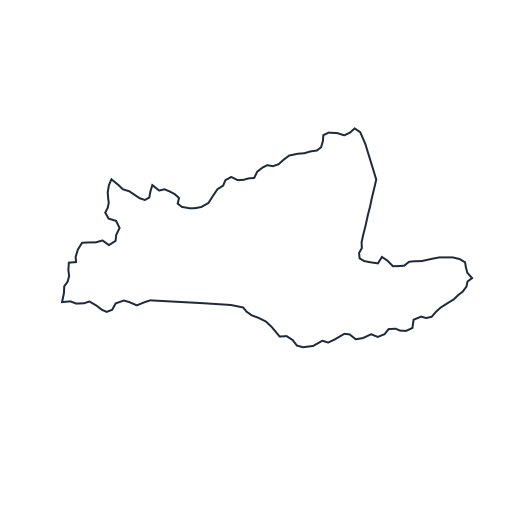 Jerônimo Monteiro, Espírito Santo, Brazil (Mercator projection), rotated 252°
{"feature_id": "56859067B21452622796609", "entity_name": "Jerônimo Monteiro", "entity_type": "district", "adm_level": 2, "iso_a3": "BRA", "parent_name": "Brazil", "parent_adm1": "Espírito Santo", "projection": "mercator", "projection_center": [-41.39, -20.797], "detail": "fine", "context": "isolated", "style": "outline", "palette": "slate", "viewbox_px": 512, "rotation_deg": 252, "n_neighbors": 0, "source": "geoboundaries", "source_scale": "gbopen_adm2", "svg_char_len": 2128}
<svg xmlns="http://www.w3.org/2000/svg" viewBox="0 0 512 512"><g transform="rotate(252 256 256)"><path d="M152.2,424.6L153.6,430.6L156.2,435.9L158.3,441.7L161.9,446.7L166.4,449.3L168.2,454.7L174.7,451.8L180.4,452.1L185.4,452.9L190.1,448.8L193.8,442.8L196.2,435.6L198.0,430.0L198.9,423.0L200.0,411.8L202.1,404.9L203.2,399.8L201.0,393.9L202.4,388.2L204.0,383.1L211.0,379.5L216.2,375.5L211.3,369.7L214.6,363.0L217.7,357.4L221.7,353.8L226.9,354.9L230.8,359.1L236.5,360.7L243.3,364.7L251.2,369.7L260.8,375.3L267.8,379.8L274.7,383.7L286.9,391.2L291.6,394.0L328.7,394.6L341.5,393.4L346.8,389.3L344.3,383.4L343.5,377.2L347.7,371.4L350.9,363.2L350.1,357.4L344.6,355.1L339.3,351.5L337.5,346.5L338.6,340.3L338.8,333.7L340.3,327.5L341.3,318.6L339.1,312.2L336.3,305.8L336.2,299.8L338.9,294.8L338.1,289.6L335.8,283.2L330.8,278.4L332.1,272.8L332.3,267.7L333.8,262.0L338.8,256.9L337.6,250.4L333.1,246.5L331.5,240.1L326.3,233.4L321.1,227.1L319.5,219.2L320.3,212.8L321.8,207.8L325.6,200.7L330.0,197.7L335.0,200.7L340.1,197.7L344.1,193.8L347.7,189.6L348.2,184.1L355.5,179.3L350.1,175.6L344.6,172.6L343.6,167.6L346.8,163.3L351.3,159.7L356.6,155.6L360.6,150.0L366.0,147.1L373.6,142.2L368.8,138.0L362.3,134.6L356.9,133.3L352.1,132.4L347.7,129.9L343.8,126.0L337.1,127.4L332.6,133.8L324.8,134.9L319.3,129.6L313.8,127.1L311.8,119.5L318.2,114.8L318.5,107.6L320.3,102.2L322.3,94.7L317.2,88.6L310.9,84.2L305.8,83.0L307.5,76.0L300.7,73.2L294.7,72.1L289.8,68.9L286.5,64.3L280.1,61.9L272.1,57.3L270.2,65.5L266.3,70.3L264.2,77.8L264.2,83.5L258.2,88.9L252.5,92.8L249.0,96.7L249.3,102.6L254.3,107.9L254.5,116.5L251.5,121.0L245.9,127.4L246.5,135.7L246.5,141.7L227.7,190.5L217.2,216.9L211.0,227.9L206.0,229.8L200.8,233.7L196.4,239.3L190.6,245.2L183.6,249.0L177.9,251.3L172.1,253.6L170.3,260.4L164.7,264.9L158.2,267.2L154.7,272.5L152.8,282.6L154.9,292.9L151.4,297.9L152.2,304.6L154.7,316.0L152.5,320.8L146.0,325.1L144.9,332.2L146.0,341.3L141.4,346.8L141.9,354.1L145.5,359.5L143.7,366.3L140.5,370.0L138.4,375.5L139.2,382.5L146.7,386.2L147.3,394.3L144.4,398.7L143.9,404.3L147.0,409.3L149.9,415.7L152.2,424.6Z" fill="none" stroke="#1e293b" stroke-width="2"/></g></svg>